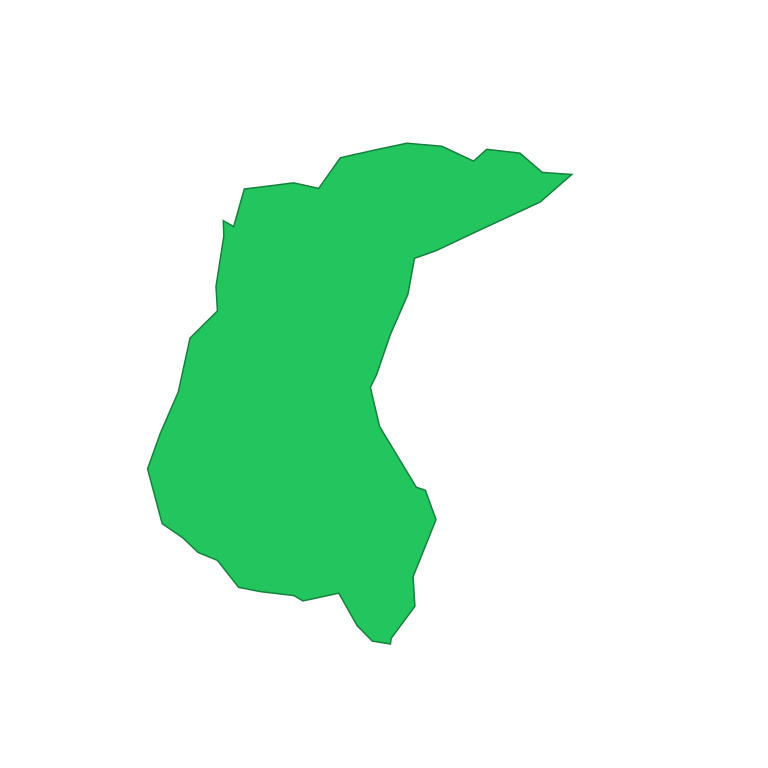 outline of Agia Marinouda, Paphos, Cyprus, rotated 154°
{"feature_id": "46923920B24461957866054", "entity_name": "Agia Marinouda", "entity_type": "district", "adm_level": 2, "iso_a3": "CYP", "parent_name": "Cyprus", "parent_adm1": "Paphos", "projection": "orthographic", "projection_center": [32.475, 34.762], "detail": "fine", "context": "isolated", "style": "filled", "palette": "green", "viewbox_px": 768, "rotation_deg": 154, "n_neighbors": 0, "source": "geoboundaries", "source_scale": "gbopen_adm2", "svg_char_len": 771}
<svg xmlns="http://www.w3.org/2000/svg" viewBox="0 0 768 768"><g transform="rotate(154 384 384)"><path d="M456.9,601.2L463.1,587.2L492.2,545.4L501.7,522.7L538.2,510.3L572.4,467.0L606.7,437.7L633.7,411.4L644.6,355.7L632.2,333.7L624.9,314.0L611.1,298.6L603.8,264.9L586.3,251.7L557.8,233.4L552.0,224.6L516.3,215.8L514.1,178.5L507.2,158.0L492.2,147.5L489.0,152.3L453.7,170.6L442.3,198.1L396.7,239.3L393.4,270.4L400.2,277.0L403.4,312.4L406.6,347.8L397.7,387.0L386.8,395.4L356.6,425.7L323.3,454.0L301.5,483.6L278.5,481.0L230.4,480.4L163.8,479.1L123.4,490.0L149.0,504.8L160.6,531.9L188.8,549.9L205.8,545.1L227.8,572.3L257.9,590.4L289.9,598.4L324.0,606.5L357.0,588.4L377.0,604.4L424.1,620.5L450.1,591.4L456.9,601.2Z" fill="#22c55e" stroke="#15803d" stroke-width="1.5"/></g></svg>